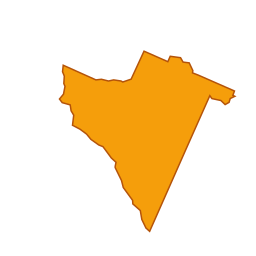 outline of Conecuh, Alabama, United States of America, rotated 294°
{"feature_id": "52423323B58317366123226", "entity_name": "Conecuh", "entity_type": "district", "adm_level": 2, "iso_a3": "USA", "parent_name": "United States of America", "parent_adm1": "Alabama", "projection": "equal_earth", "projection_center": [-86.986, 31.468], "detail": "fine", "context": "isolated", "style": "filled", "palette": "amber", "viewbox_px": 256, "rotation_deg": 294, "n_neighbors": 0, "source": "geoboundaries", "source_scale": "gbopen_adm2", "svg_char_len": 811}
<svg xmlns="http://www.w3.org/2000/svg" viewBox="0 0 256 256"><g transform="rotate(294 128 128)"><path d="M42.4,189.8L129.9,189.6L190.8,189.6L189.0,192.7L190.9,201.7L188.9,207.2L192.5,209.9L196.5,209.4L200.4,212.7L200.5,210.5L205.1,210.2L204.9,170.8L204.6,164.5L206.8,163.9L212.4,157.4L210.6,151.5L213.6,147.4L210.7,137.4L204.8,137.4L204.7,111.4L173.9,111.0L167.9,104.5L168.1,102.5L166.1,95.3L163.0,91.1L161.7,83.9L158.9,79.1L159.0,43.3L152.8,45.3L149.5,48.7L142.5,51.3L140.4,53.5L132.7,55.3L126.6,53.6L124.4,57.6L125.6,65.8L120.6,69.0L117.6,73.2L107.9,76.2L107.4,84.5L105.6,92.6L102.5,98.8L100.6,108.2L100.8,112.7L93.8,125.0L91.8,131.0L87.7,131.9L86.6,132.4L77.4,143.4L71.7,147.9L63.8,161.6L60.6,163.3L57.6,172.8L50.1,177.8L43.9,185.1L42.4,189.8Z" fill="#f59e0b" stroke="#b45309" stroke-width="1.5"/></g></svg>